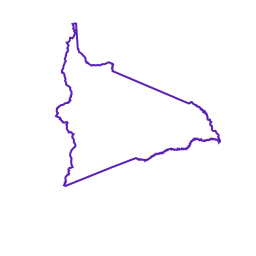 Picunches, Neuquén, Argentina, rotated 22°
{"feature_id": "61730980B43835404707600", "entity_name": "Picunches", "entity_type": "district", "adm_level": 2, "iso_a3": "ARG", "parent_name": "Argentina", "parent_adm1": "Neuquén", "projection": "albers", "projection_center": [-70.26, -38.618], "detail": "fine", "context": "isolated", "style": "outline", "palette": "violet", "viewbox_px": 256, "rotation_deg": 22, "n_neighbors": 0, "source": "geoboundaries", "source_scale": "gbopen_adm2", "svg_char_len": 5776}
<svg xmlns="http://www.w3.org/2000/svg" viewBox="0 0 256 256"><g transform="rotate(22 128 128)"><path d="M91.7,205.2L127.3,170.9L146.4,153.1L146.8,153.1L147.0,152.9L148.2,153.1L148.4,153.0L148.7,153.4L149.4,153.4L149.9,153.2L150.0,152.8L150.8,153.1L151.5,152.2L152.0,152.5L153.1,151.9L153.4,152.0L154.8,151.6L155.2,151.8L155.4,151.6L155.9,152.0L156.1,151.3L156.6,151.3L156.6,150.9L157.0,150.5L157.5,150.6L157.8,150.4L158.3,149.8L158.3,149.2L158.7,148.9L158.8,148.6L160.0,147.6L159.9,146.9L160.2,146.6L160.2,145.9L160.9,145.7L161.0,145.0L161.6,144.5L161.7,144.1L162.1,143.9L162.4,144.0L162.5,143.3L162.9,143.0L163.1,141.9L163.6,142.0L163.7,141.6L164.8,140.8L165.6,141.0L166.5,140.0L166.9,139.9L166.9,139.6L166.7,139.4L166.9,139.1L167.2,139.2L167.6,138.8L167.8,139.1L168.4,138.8L168.6,138.9L169.2,138.6L169.3,138.1L169.7,138.2L170.0,137.7L169.9,137.1L170.2,136.4L170.8,136.2L170.7,135.7L171.3,135.2L171.4,134.5L172.0,134.4L171.9,134.1L172.4,133.4L173.0,133.5L173.1,132.9L174.1,132.4L174.9,131.4L175.4,131.5L175.6,131.2L176.5,131.7L176.7,131.4L176.2,131.1L176.5,130.9L177.1,131.1L177.3,130.8L178.3,130.6L178.5,130.9L179.3,130.9L180.3,130.1L181.3,130.0L181.4,129.6L181.9,129.4L182.0,128.7L182.3,128.9L182.6,128.5L182.8,128.4L182.9,128.7L183.1,128.4L183.7,128.7L184.0,128.5L184.1,128.2L185.5,127.7L185.5,127.1L186.1,127.3L186.2,126.8L187.5,126.8L187.5,126.3L188.3,126.2L188.8,125.7L189.1,125.9L189.8,125.9L189.8,125.7L189.5,125.5L190.6,124.7L190.4,124.2L190.8,124.0L190.7,123.6L191.1,123.2L191.0,122.7L191.4,122.6L191.7,121.8L191.3,121.7L191.6,121.3L191.5,120.9L191.8,120.0L191.3,119.5L191.6,119.2L191.3,118.7L191.7,117.9L191.6,117.6L191.8,117.3L191.6,116.8L191.8,116.7L191.8,116.2L192.4,116.0L192.7,115.5L192.7,114.4L193.3,114.3L193.3,113.6L194.0,113.7L194.0,113.3L194.3,113.5L194.8,113.4L195.5,112.7L195.4,112.4L195.8,112.4L196.3,111.9L197.8,112.5L198.3,112.0L198.8,112.3L198.9,111.8L199.6,111.8L199.8,111.4L200.0,111.8L200.3,111.5L200.8,111.5L201.7,112.0L202.4,111.6L202.9,111.7L203.3,111.3L203.8,111.4L204.0,111.0L204.3,110.9L204.2,110.5L205.4,110.1L205.7,109.8L205.8,109.3L207.2,109.2L208.0,108.6L208.0,108.2L208.3,108.0L208.4,107.7L208.2,107.6L209.1,106.6L209.6,106.7L210.1,106.5L210.3,106.8L210.7,106.4L211.1,106.5L211.3,106.2L211.7,106.4L212.2,106.0L213.1,106.0L213.4,105.7L213.7,105.9L214.0,105.7L214.3,105.8L214.8,105.4L215.7,105.5L216.1,105.9L216.2,105.3L216.4,106.0L216.7,106.3L217.2,106.2L217.4,106.6L217.9,106.8L218.0,107.1L218.3,106.5L218.0,105.2L217.8,104.9L216.8,104.7L216.4,103.6L214.8,102.5L215.0,101.3L214.3,100.3L212.3,99.7L210.2,97.9L208.2,98.8L207.2,98.6L206.4,98.1L206.2,97.8L206.1,96.6L205.2,94.9L204.9,94.7L203.7,94.7L203.4,94.0L202.7,93.7L202.6,93.0L203.0,91.3L201.7,91.0L201.1,89.8L200.7,89.5L199.6,90.3L198.7,90.3L198.5,89.5L198.1,89.3L197.6,88.5L197.6,87.7L196.9,87.3L196.0,86.0L194.9,85.9L194.9,85.6L195.3,85.3L195.2,85.1L193.3,85.1L193.5,84.1L192.5,83.6L192.3,84.0L191.9,84.1L192.2,84.8L191.9,85.0L191.6,85.0L191.5,84.5L190.5,83.4L189.8,83.6L189.5,82.9L189.2,82.8L188.7,83.4L188.3,83.3L188.2,82.6L187.2,82.4L186.8,81.9L186.1,81.7L185.4,82.1L184.6,82.1L184.3,81.7L184.0,81.6L183.3,82.0L182.8,81.3L181.3,81.4L179.3,81.1L178.5,80.5L177.6,80.5L177.3,80.1L176.3,80.7L176.1,81.6L175.1,82.5L92.5,81.0L92.4,80.4L91.7,79.7L91.3,79.0L90.9,78.9L90.6,78.0L91.0,77.3L91.0,77.0L90.3,76.3L90.1,75.6L90.5,75.2L90.5,74.7L89.6,74.1L88.7,74.5L86.2,74.2L85.5,74.4L84.4,75.2L84.3,75.6L82.4,77.5L80.2,78.5L79.1,79.9L78.1,80.6L77.7,80.8L76.7,80.6L74.9,82.0L72.0,82.6L71.2,83.3L71.0,83.8L67.1,83.1L66.3,82.6L66.3,82.9L65.9,83.0L65.0,82.9L63.6,81.6L62.6,79.6L61.8,78.7L56.9,76.4L54.1,75.8L53.3,74.9L52.6,73.5L51.8,73.4L40.8,50.8L40.0,50.8L38.7,51.5L38.3,52.1L37.7,52.4L39.5,54.1L39.5,54.5L40.1,55.7L40.0,56.5L41.9,57.1L41.7,58.4L43.4,59.7L43.5,60.8L43.3,61.7L43.5,62.7L43.3,63.2L43.3,64.5L42.8,65.7L41.3,65.7L40.5,66.2L41.2,68.3L40.9,70.1L40.4,71.0L39.2,71.8L42.0,73.6L41.8,75.3L42.0,75.9L41.8,76.8L42.7,77.4L43.4,78.2L43.4,79.1L43.2,79.7L43.3,80.2L42.8,80.6L43.0,81.7L42.9,83.0L43.0,83.5L43.4,83.8L43.3,84.6L43.6,85.9L43.5,87.9L44.7,88.6L45.3,89.4L45.1,90.1L44.7,90.9L45.1,92.5L44.9,94.4L45.6,97.1L45.2,99.4L45.7,100.0L45.7,100.7L46.0,101.3L46.6,101.5L47.1,101.1L48.2,101.4L49.1,102.4L49.3,103.0L49.8,103.5L49.9,104.0L51.8,106.0L51.8,107.4L52.0,107.8L53.7,109.3L54.1,110.1L54.1,110.6L55.5,111.4L57.1,111.4L59.3,112.1L59.6,112.5L59.8,113.7L60.6,114.6L62.2,115.7L62.8,117.8L63.2,118.1L63.0,118.6L63.1,119.4L62.9,119.7L63.5,120.3L63.0,122.0L63.1,123.2L63.3,123.5L64.0,123.5L64.3,123.9L64.1,124.9L63.2,125.8L63.4,126.1L63.4,126.7L63.0,127.2L62.0,127.5L61.9,127.8L61.2,128.1L60.1,129.0L59.6,130.1L59.6,130.4L58.5,131.3L57.5,131.7L56.0,133.8L55.8,135.1L55.6,135.5L55.0,135.6L55.1,136.0L54.8,137.0L55.5,138.0L55.5,139.1L56.5,140.1L57.4,140.3L57.5,140.9L57.0,141.8L57.2,142.3L56.7,143.8L58.7,144.1L60.2,143.9L61.7,144.2L62.0,144.7L61.7,145.4L63.1,145.6L63.7,146.2L65.0,146.4L65.4,147.2L66.9,146.9L68.8,145.5L69.7,145.5L70.1,146.1L69.9,146.9L70.0,148.0L69.7,148.3L70.8,149.2L71.5,151.7L72.1,152.3L73.8,153.0L74.3,154.1L74.7,154.3L76.4,153.3L77.0,153.2L79.0,154.4L79.8,154.1L79.8,154.7L79.5,155.2L79.5,156.1L79.7,156.5L79.6,157.1L79.9,157.7L80.9,158.0L82.3,159.4L83.3,161.7L84.4,162.1L85.5,163.4L86.0,164.7L85.8,165.5L85.3,166.2L84.0,169.5L84.0,172.6L84.4,174.7L84.8,175.4L85.4,175.8L86.1,176.7L87.0,177.1L87.2,177.7L87.2,178.6L87.5,179.0L87.5,179.5L88.2,180.6L88.3,181.7L89.0,182.4L89.9,183.8L90.6,184.3L91.3,185.1L90.6,185.5L89.9,186.4L88.6,187.0L88.3,188.1L88.5,189.2L89.4,189.5L89.1,190.2L89.2,191.1L90.4,192.2L90.3,192.6L90.4,193.5L89.5,193.6L89.3,193.9L89.2,195.1L88.6,196.1L88.5,196.8L88.7,198.0L89.1,198.5L89.6,199.7L90.2,200.1L90.4,200.4L90.3,201.0L90.5,201.7L89.9,202.0L89.7,202.4L90.5,203.2L90.1,205.1L91.7,205.2Z" fill="none" stroke="#5b21b6" stroke-width="2"/></g></svg>